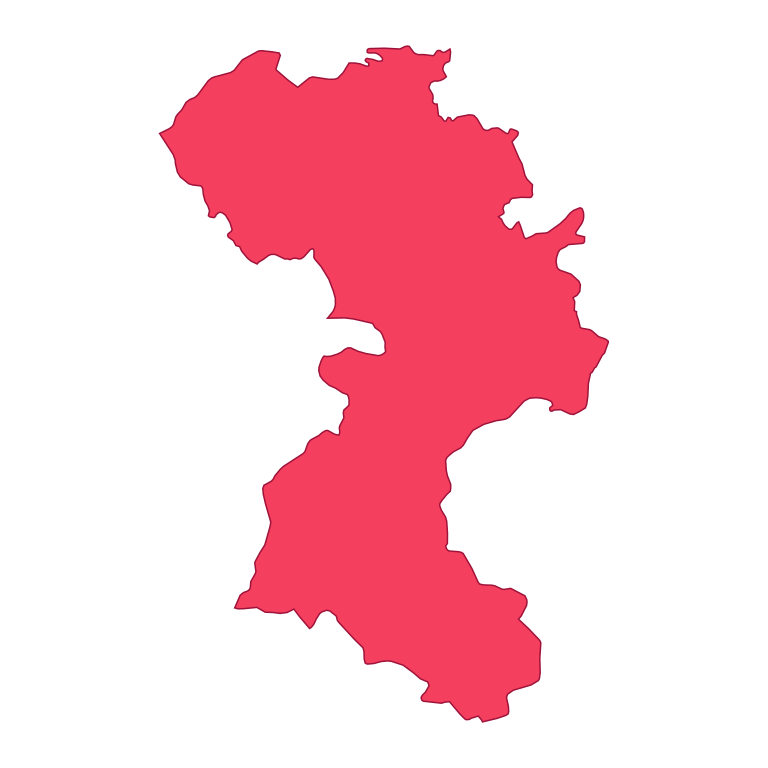 the district of Nghia Hanh, Quảng Ngãi, Vietnam
{"feature_id": "81297802B973126409201", "entity_name": "Nghia Hanh", "entity_type": "district", "adm_level": 2, "iso_a3": "VNM", "parent_name": "Vietnam", "parent_adm1": "Quảng Ngãi", "projection": "orthographic", "projection_center": [108.781, 14.967], "detail": "fine", "context": "isolated", "style": "filled", "palette": "rose", "viewbox_px": 768, "rotation_deg": 0, "n_neighbors": 0, "source": "geoboundaries", "source_scale": "gbopen_adm2", "svg_char_len": 6047}
<svg xmlns="http://www.w3.org/2000/svg" viewBox="0 0 768 768"><path d="M508.7,711.8L508.4,706.4L506.5,697.6L507.5,694.3L513.3,690.2L531.2,684.9L538.3,680.6L539.4,678.7L540.2,672.8L539.8,658.5L540.8,643.0L540.1,641.1L539.0,639.6L528.3,628.4L518.5,619.2L521.2,616.0L526.5,605.7L527.0,602.4L526.8,599.8L524.9,595.8L510.7,588.4L504.1,589.4L502.1,589.2L494.8,585.8L491.8,585.2L483.2,584.9L479.5,584.0L478.1,582.1L471.8,568.3L463.2,553.5L461.1,552.3L458.5,551.7L449.2,551.0L447.6,550.1L446.5,548.8L445.7,546.0L447.4,543.5L447.5,533.3L446.7,521.3L445.6,517.2L441.3,510.1L439.7,505.7L439.8,503.7L441.9,500.4L447.0,494.2L450.2,491.3L450.7,488.5L450.7,484.3L447.4,475.8L446.3,470.5L445.6,460.5L446.9,457.5L449.4,455.1L453.4,451.8L460.7,447.9L463.4,445.1L467.6,437.8L472.8,430.4L483.9,424.3L496.1,420.7L503.9,419.5L506.5,418.7L509.7,416.8L524.2,401.0L529.6,398.2L536.1,397.7L541.0,398.1L547.0,399.5L550.6,401.1L551.8,402.2L552.6,404.8L552.6,405.5L549.8,407.8L549.7,409.9L550.8,411.1L552.1,411.1L554.3,410.0L560.8,409.7L569.7,413.9L573.5,414.5L579.4,411.6L585.3,408.0L586.7,404.3L587.8,396.3L588.4,383.4L590.5,373.5L592.3,372.0L594.6,367.9L596.1,366.9L602.3,355.2L604.5,353.1L608.4,342.1L608.0,340.9L605.3,339.0L598.5,336.6L592.3,331.2L590.0,329.7L581.6,328.2L580.2,327.4L578.7,320.9L576.5,314.4L576.5,311.6L574.3,310.7L574.7,301.6L573.1,297.6L577.1,295.2L579.8,291.4L580.4,284.9L579.0,281.4L571.0,274.1L560.2,270.3L558.3,269.0L557.0,267.0L556.1,261.7L556.6,257.3L558.2,252.4L559.9,249.8L561.1,249.0L566.1,246.5L568.3,244.6L582.5,243.4L583.6,243.0L584.5,241.6L584.6,236.9L576.4,234.8L575.7,233.3L575.9,232.1L581.8,223.4L582.9,220.9L583.6,217.8L583.7,215.1L583.5,212.6L582.3,209.0L580.9,208.0L579.7,207.9L573.6,210.4L570.0,213.2L565.7,218.5L560.0,223.8L548.1,232.3L545.9,233.0L536.1,233.7L532.1,236.1L526.1,238.7L525.3,238.5L524.2,237.1L520.1,224.9L518.7,221.8L516.9,222.8L512.5,228.6L511.3,229.3L508.8,229.1L505.0,225.7L503.1,222.9L501.5,219.2L498.4,216.8L503.7,213.5L504.0,212.5L502.9,208.2L504.5,204.5L509.1,202.7L510.4,199.8L512.1,198.4L521.1,197.3L529.9,197.5L531.5,196.9L532.6,194.6L532.1,191.1L532.5,184.8L527.1,179.3L525.0,175.5L522.0,163.9L519.0,158.3L512.0,141.9L517.7,135.4L518.3,132.8L517.7,131.6L516.1,130.6L511.5,129.0L510.2,129.2L508.2,133.4L507.5,133.7L505.6,133.0L498.5,128.1L496.8,127.9L491.8,128.4L488.3,130.3L485.7,130.4L483.0,128.9L477.2,118.9L474.3,115.8L472.9,115.2L469.1,114.8L457.3,117.1L453.2,120.8L451.7,120.5L450.3,118.0L448.1,117.4L446.0,120.9L445.1,121.2L444.2,121.0L441.1,116.9L438.5,115.6L437.1,104.1L435.0,104.0L433.3,103.0L432.5,101.0L433.1,98.1L432.8,94.7L429.2,88.5L429.0,86.8L430.6,83.0L431.8,82.2L434.3,81.0L437.5,81.1L440.6,80.4L443.9,78.8L446.4,76.7L443.3,71.1L442.8,69.1L443.5,65.7L444.5,64.2L445.7,62.9L448.6,61.8L449.7,60.7L450.6,52.0L450.0,49.0L445.2,52.0L443.3,52.4L441.6,51.8L440.2,50.5L438.0,50.5L436.6,51.4L434.1,55.1L433.0,55.7L424.1,54.6L418.2,54.6L416.0,53.9L413.9,52.7L409.2,46.4L407.2,46.1L404.8,46.6L399.9,49.0L384.4,48.2L369.2,48.6L368.1,49.0L367.1,50.2L367.3,52.4L368.6,52.9L374.6,52.9L376.7,53.4L379.6,55.1L382.1,57.8L382.6,58.9L382.0,60.9L378.4,61.3L373.1,59.5L366.8,58.4L365.5,59.4L365.2,60.5L366.2,61.8L368.8,63.2L368.8,65.6L368.1,66.2L366.2,66.1L360.0,63.8L354.5,63.0L349.1,63.0L343.2,72.6L337.7,78.2L334.7,79.2L328.7,79.3L312.7,76.9L309.4,77.9L297.7,87.3L287.6,79.8L276.1,69.8L276.0,68.9L280.3,55.4L279.2,53.0L272.1,51.8L261.8,50.7L258.5,51.0L242.4,59.8L234.1,70.4L230.5,72.6L213.8,77.1L211.8,77.9L208.3,80.7L197.6,95.1L194.4,97.7L190.0,99.4L186.1,102.3L181.8,109.8L177.4,114.5L175.8,117.0L173.5,124.6L171.9,126.8L168.9,128.9L159.6,133.5L173.2,154.5L175.2,160.0L175.4,163.6L177.4,172.1L180.3,176.9L188.8,183.8L192.9,185.0L200.8,185.9L202.0,187.1L202.9,189.4L203.3,194.3L205.0,200.9L208.0,206.2L209.5,210.8L208.4,215.8L210.1,217.0L214.0,217.6L215.5,216.5L215.9,215.1L218.1,213.0L220.1,212.2L222.7,213.0L225.7,215.4L230.0,222.7L232.1,229.7L231.1,231.5L228.1,233.8L227.6,235.2L228.3,237.1L233.4,240.7L236.0,245.6L239.6,246.6L241.7,251.2L247.5,258.2L251.2,261.2L257.1,264.0L258.8,262.1L263.4,259.3L268.5,255.5L271.2,254.4L274.7,254.4L276.3,254.9L284.8,259.0L287.9,258.9L289.8,259.7L293.3,258.3L295.9,258.2L299.2,259.0L301.4,258.6L304.1,256.6L310.5,249.4L312.9,248.7L314.0,250.5L313.9,257.5L314.9,259.3L321.2,266.7L328.9,279.3L333.3,290.9L335.3,298.1L335.4,304.9L334.6,308.0L333.0,311.5L327.5,318.2L344.8,317.9L353.6,319.0L372.0,323.2L373.1,324.1L375.0,327.6L380.4,331.6L382.1,334.2L385.2,342.3L385.0,347.4L385.6,351.3L385.1,352.3L383.3,353.8L380.7,355.2L377.9,355.6L365.7,353.5L358.0,351.3L350.8,347.9L347.8,347.9L344.7,349.4L341.2,352.3L337.1,354.2L331.1,356.1L327.1,356.5L324.0,356.1L322.8,357.5L321.1,361.0L319.0,367.2L318.8,370.7L320.1,376.0L323.2,380.2L329.3,385.4L335.8,388.3L342.3,392.7L347.5,394.6L348.5,397.0L349.1,400.0L349.0,404.8L348.0,406.3L343.8,410.1L343.3,413.0L343.9,417.9L339.8,425.7L339.3,427.8L339.8,432.4L338.9,435.2L334.5,434.2L328.2,430.7L326.9,430.4L325.2,430.8L322.1,432.7L318.9,435.5L311.2,439.6L309.7,440.9L307.7,443.9L305.0,451.5L303.4,453.4L283.7,466.2L280.3,469.3L274.9,475.8L273.4,478.9L271.4,481.2L264.0,485.2L262.8,488.5L263.3,494.2L265.5,503.8L270.6,521.4L270.7,523.1L269.8,527.5L264.8,545.0L260.2,552.2L255.1,561.7L254.8,563.4L255.9,571.6L255.3,573.6L250.8,581.6L250.4,586.9L249.7,589.3L247.5,591.1L243.4,592.6L240.2,595.2L234.7,607.9L237.8,608.8L243.4,608.7L256.9,607.4L265.2,612.2L273.0,612.5L280.2,613.4L287.1,612.5L293.9,609.1L299.9,617.1L309.6,628.5L311.5,627.2L314.0,623.9L316.4,618.7L319.7,613.6L321.7,612.0L326.5,610.3L329.8,610.9L336.3,616.1L337.4,620.5L338.9,622.5L354.1,639.0L363.0,647.8L364.0,651.5L364.2,659.0L365.2,663.0L366.9,664.0L368.7,664.0L373.8,663.5L381.4,661.5L387.6,660.9L391.3,661.3L403.0,665.1L413.6,672.9L420.4,678.8L427.8,682.0L429.0,685.8L425.4,692.2L422.4,695.1L421.1,697.5L421.7,700.0L423.3,701.2L441.4,703.2L445.2,702.1L449.5,701.7L460.0,714.1L464.9,719.0L466.1,719.7L469.5,719.4L471.0,718.3L478.3,716.1L481.5,719.9L482.5,721.9L497.4,718.3L505.8,715.4L508.0,714.0L508.7,711.8Z" fill="#f43f5e" stroke="#9f1239" stroke-width="1.5"/></svg>